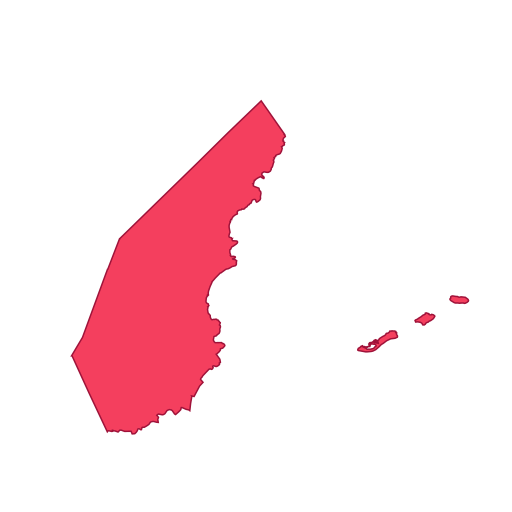 the district of Central Makira, Makira, Solomon Islands, rotated 79°
{"feature_id": "97153195B44789937557003", "entity_name": "Central Makira", "entity_type": "district", "adm_level": 2, "iso_a3": "SLB", "parent_name": "Solomon Islands", "parent_adm1": "Makira", "projection": "equal_earth", "projection_center": [161.859, -10.384], "detail": "fine", "context": "isolated", "style": "filled", "palette": "rose", "viewbox_px": 512, "rotation_deg": 79, "n_neighbors": 0, "source": "geoboundaries", "source_scale": "gbopen_adm2", "svg_char_len": 6114}
<svg xmlns="http://www.w3.org/2000/svg" viewBox="0 0 512 512"><g transform="rotate(79 256 256)"><path d="M213.1,386.7L240.7,404.0L240.7,404.3L302.9,441.9L318.8,456.1L318.9,455.6L358.7,446.0L400.2,435.5L399.4,434.6L399.5,433.7L400.7,431.1L400.7,430.3L399.7,430.3L399.7,429.8L400.5,428.9L400.8,427.8L402.4,425.1L402.4,424.8L401.0,423.0L401.2,421.6L403.1,418.4L404.2,412.1L407.0,411.5L407.3,408.9L406.2,407.2L404.8,405.8L403.4,405.1L403.2,404.0L403.4,403.5L404.6,402.2L404.6,401.6L402.6,400.6L402.5,400.0L402.8,398.3L401.9,395.7L400.9,393.3L399.1,391.5L398.8,390.9L398.7,389.1L398.9,388.0L400.2,385.3L400.7,383.7L397.6,383.6L395.8,382.5L393.4,383.8L392.5,382.0L394.0,378.3L394.0,377.0L393.4,375.5L390.7,372.8L390.2,370.5L391.0,368.4L392.0,367.6L395.5,366.1L396.3,365.2L394.2,361.6L392.5,359.2L390.5,358.3L390.6,357.6L393.2,353.8L394.2,351.4L395.2,350.5L388.2,348.3L381.6,345.8L381.1,345.9L382.1,343.6L372.8,336.1L369.9,332.1L366.5,334.0L365.6,333.5L364.5,332.0L363.4,331.1L358.2,323.8L358.1,322.5L358.8,321.3L358.6,320.4L357.5,319.4L356.6,319.6L355.9,319.5L355.7,318.5L356.9,316.3L356.8,315.1L356.3,313.8L355.7,312.8L355.4,312.5L354.0,312.4L353.8,311.4L353.6,311.2L350.4,311.2L344.8,313.8L344.5,312.9L342.8,310.2L341.6,309.0L340.3,308.6L340.1,306.4L339.7,305.6L338.5,304.1L338.1,303.7L337.4,303.7L336.3,304.2L335.6,305.0L335.5,305.7L334.9,305.9L334.4,306.4L333.3,312.6L332.1,313.5L330.3,313.9L327.0,312.6L326.8,310.2L326.5,309.7L326.1,309.5L324.9,307.0L324.1,306.4L322.7,305.7L320.8,305.5L318.8,304.4L317.5,304.4L316.7,305.1L315.5,304.2L314.6,303.8L313.9,304.4L313.1,304.6L312.5,305.2L311.8,305.3L311.3,306.4L310.6,306.7L310.3,307.7L310.4,308.8L310.1,309.3L310.2,311.3L309.7,311.9L308.6,312.3L307.4,312.5L305.6,312.3L304.0,313.1L303.7,313.6L302.3,313.9L299.3,313.8L297.4,313.0L296.6,313.1L296.5,312.6L295.6,311.7L295.0,312.0L293.9,312.0L292.7,313.5L291.6,313.8L290.7,313.7L287.5,312.7L286.3,311.6L285.6,310.6L285.4,310.8L285.5,311.3L285.0,311.1L285.0,310.1L283.3,310.0L281.2,309.2L277.2,306.9L273.4,304.2L273.0,304.2L269.8,300.1L265.8,294.3L265.9,293.7L263.9,289.5L263.2,287.8L263.2,285.7L262.5,283.2L261.8,281.6L261.6,278.1L261.0,277.2L260.0,276.7L258.9,276.7L258.5,276.4L257.3,276.2L257.1,275.9L255.9,276.8L255.2,278.0L254.9,279.1L254.4,279.5L254.1,279.1L254.4,278.8L254.1,278.3L253.8,276.9L253.3,276.5L252.9,276.5L252.6,276.8L251.9,278.4L251.8,280.2L251.4,280.8L250.8,281.0L250.8,280.8L250.6,280.7L247.5,281.0L244.9,280.5L244.5,279.6L243.0,278.5L242.2,277.6L242.1,276.7L240.6,273.3L239.8,272.0L238.8,271.4L238.0,271.6L237.6,272.1L236.5,276.1L235.0,276.5L234.3,275.9L234.2,276.6L233.3,276.8L232.5,278.5L232.0,278.8L231.0,278.7L229.0,277.8L227.8,277.0L222.6,276.9L220.7,276.5L218.9,275.6L218.0,274.8L217.8,274.7L217.8,275.0L217.3,275.0L215.8,273.8L215.4,273.8L215.3,273.4L215.6,273.3L215.6,273.1L215.3,273.2L212.9,270.9L211.4,267.9L211.4,267.0L211.1,266.3L210.5,266.1L209.4,266.2L208.3,265.4L207.7,263.4L207.8,261.6L207.2,261.0L207.6,259.7L207.5,258.3L206.6,257.4L205.8,255.3L204.7,254.4L204.2,252.6L203.7,252.5L203.2,251.6L203.1,250.7L200.6,249.2L200.4,248.9L200.1,247.7L200.2,246.3L200.8,245.7L202.7,245.5L203.3,245.0L202.8,243.4L201.6,241.3L200.5,240.6L198.4,240.3L195.5,239.2L193.9,239.1L193.2,239.4L192.4,240.1L190.5,240.1L189.9,240.3L187.6,244.1L186.6,245.2L185.8,245.1L184.6,244.6L184.4,245.0L184.1,244.4L181.4,243.1L181.6,242.7L180.5,241.2L179.7,239.2L179.0,236.6L180.0,234.9L180.2,235.3L180.4,235.1L180.8,234.4L181.3,234.1L181.4,233.5L180.8,233.1L179.9,233.2L177.5,234.9L175.8,234.3L175.0,232.5L175.0,231.8L175.9,229.6L176.2,228.2L176.1,227.4L175.4,225.7L173.8,224.5L172.6,224.2L172.0,223.3L171.0,222.6L168.3,221.3L167.3,220.6L166.1,220.4L165.2,220.7L163.8,219.3L162.8,219.5L162.1,217.7L161.1,217.5L160.6,216.0L160.3,213.4L159.9,212.6L158.1,211.1L156.6,210.3L155.2,209.7L153.6,210.1L153.5,209.4L153.0,209.0L152.6,207.4L152.2,206.9L150.9,206.9L150.1,206.2L148.8,207.4L148.5,207.5L148.2,207.2L148.0,207.5L147.4,207.5L145.6,206.5L144.3,204.4L143.7,204.4L142.2,205.1L142.1,204.7L104.7,221.3L129.3,259.4L152.8,294.7L212.8,386.2L213.2,386.4L213.1,386.7ZM371.7,161.0L371.6,159.3L370.8,156.4L368.7,152.7L366.8,149.9L366.0,147.7L364.1,143.9L363.0,139.6L363.3,135.2L362.7,132.8L362.2,132.5L361.2,132.4L359.9,133.0L358.2,132.6L358.0,133.4L357.6,133.6L357.0,133.4L357.1,132.6L356.1,134.2L355.6,136.5L355.4,136.8L355.6,137.3L355.2,138.9L356.2,139.7L356.7,140.7L356.9,141.4L356.8,142.8L357.1,143.2L357.7,143.5L358.6,144.8L359.2,147.1L360.6,150.5L360.9,150.9L361.6,151.3L362.4,152.8L364.3,152.6L363.8,153.4L363.6,154.3L364.4,154.1L364.3,153.6L364.7,153.4L363.6,155.6L363.7,156.3L363.0,156.8L362.8,157.7L362.1,156.4L362.1,154.4L362.3,154.2L362.1,153.9L362.2,153.4L362.6,153.3L362.0,153.2L361.0,154.6L361.4,156.2L362.2,157.0L362.8,158.3L363.0,159.7L362.7,160.4L362.9,161.1L363.3,161.1L363.9,162.1L364.8,161.9L365.1,161.2L365.0,160.9L364.4,160.4L364.5,158.7L365.6,155.8L366.2,155.4L366.6,155.2L367.4,155.4L367.8,156.5L368.7,157.5L369.2,158.7L369.3,161.5L368.7,164.8L367.7,165.5L366.5,167.1L366.8,164.2L366.3,162.7L366.6,161.6L366.2,161.3L366.0,162.2L366.4,164.2L366.2,165.8L365.6,166.8L365.0,169.3L364.8,169.3L364.7,168.5L364.4,168.6L364.7,170.2L365.4,171.0L366.2,173.2L367.4,174.0L367.9,174.0L368.3,173.6L371.0,166.7L371.3,165.1L371.7,161.0ZM355.8,104.1L355.2,102.7L354.7,102.4L354.0,101.4L353.7,99.4L353.1,98.6L352.8,97.6L352.9,97.3L352.8,97.0L351.7,94.5L351.3,93.8L349.4,92.0L348.5,92.1L348.4,92.5L347.5,93.2L346.8,94.7L347.2,95.2L347.2,95.5L346.7,97.0L346.1,97.5L345.9,97.2L345.5,97.5L344.3,99.8L344.4,100.7L345.2,100.9L345.6,101.7L346.0,103.6L347.1,105.5L348.2,108.5L348.8,109.6L349.2,111.5L349.6,112.2L351.3,111.9L351.5,109.8L352.5,107.2L353.8,105.9L355.4,105.5L355.8,104.1ZM342.3,59.7L341.8,57.7L341.0,56.3L340.4,55.9L339.5,56.0L338.8,56.3L336.5,58.4L335.4,61.8L335.2,62.9L335.3,64.5L334.2,66.0L333.8,67.6L332.7,70.6L332.7,71.6L333.0,72.4L333.4,72.7L334.5,72.9L335.0,73.7L335.8,73.9L337.0,73.2L339.7,70.2L340.3,68.9L340.5,67.4L341.3,64.8L341.2,64.2L341.6,62.0L341.8,61.1L342.2,60.7L342.3,59.7ZM363.6,155.0L363.3,154.8L363.0,155.3L363.0,156.2L363.6,155.0Z" fill="#f43f5e" stroke="#9f1239" stroke-width="1.5"/></g></svg>